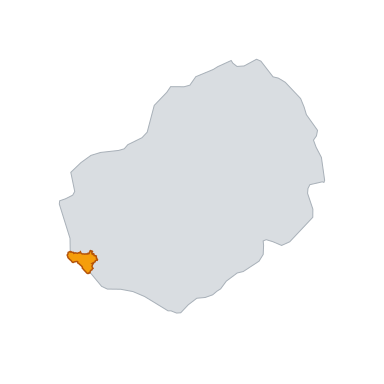 location of Pehchevo, Pehčevo, North Macedonia, rotated 159°
{"feature_id": "65306769B44883072269450", "entity_name": "Pehchevo", "entity_type": "district", "adm_level": 2, "iso_a3": "MKD", "parent_name": "North Macedonia", "parent_adm1": "Pehčevo", "projection": "mercator", "projection_center": [22.916, 41.784], "detail": "fine", "context": "in_parent", "style": "filled", "palette": "amber", "viewbox_px": 384, "rotation_deg": 159, "n_neighbors": 0, "source": "geoboundaries", "source_scale": "gbopen_adm2", "svg_char_len": 2549}
<svg xmlns="http://www.w3.org/2000/svg" viewBox="0 0 384 384"><g transform="rotate(159 192 192)"><path d="M172.8,99.4L178.8,100.2L191.9,96.5L200.0,91.3L204.1,90.5L209.6,88.6L217.5,88.8L225.6,91.1L235.8,88.1L245.8,83.3L249.8,84.5L254.2,88.6L257.0,89.7L273.7,111.4L282.8,120.2L293.5,126.8L305.8,131.7L310.2,136.3L318.0,159.3L321.7,167.9L326.9,170.5L328.1,173.0L328.4,176.3L322.5,192.4L320.2,228.3L318.7,231.2L312.6,231.0L304.5,231.8L301.3,234.5L298.1,253.8L285.0,259.3L273.2,262.4L263.2,261.7L245.6,257.1L239.8,256.6L234.9,259.2L219.2,260.6L212.4,263.9L196.2,286.4L179.8,294.1L174.2,298.0L161.7,293.1L155.7,292.5L147.1,298.3L128.1,298.8L123.0,299.8L108.3,300.7L107.7,297.6L105.0,293.1L98.2,291.0L84.2,292.8L80.8,289.5L75.1,270.5L70.6,267.4L65.6,261.0L57.1,240.3L56.9,231.2L57.5,223.2L52.7,204.6L55.7,199.8L60.0,196.9L60.1,189.3L58.8,177.9L64.0,155.3L65.4,153.7L66.7,154.8L79.3,156.6L82.5,153.7L84.6,149.3L85.3,132.7L88.3,125.1L118.6,110.5L127.5,110.0L134.4,116.7L139.8,120.9L143.1,120.8L144.3,116.5L147.9,108.2L154.2,103.4L172.6,99.4L172.8,99.4Z" fill="#d9dde1" stroke="#a8b0b8" stroke-width="1"/><path d="M329.2,180.0L329.5,179.6L329.9,178.8L330.2,178.4L330.8,178.2L331.1,177.7L331.2,177.4L331.2,177.0L331.1,176.3L331.1,176.0L331.2,175.8L331.3,175.2L331.0,174.4L330.5,173.3L330.3,172.7L329.7,171.8L329.4,171.1L329.2,170.3L328.8,169.2L328.2,168.8L327.9,168.8L327.1,168.9L325.9,168.8L325.5,168.6L324.3,168.4L324.0,168.2L323.8,168.0L323.7,167.7L324.0,167.0L323.9,166.2L323.6,165.9L323.3,165.7L322.9,165.1L322.8,164.6L322.4,163.9L322.0,163.1L321.5,162.1L321.4,161.9L321.3,161.2L321.5,160.7L321.7,160.3L321.4,159.7L321.1,158.8L320.8,157.9L320.6,157.4L320.3,156.7L320.1,156.2L319.7,155.3L319.4,154.3L319.0,153.7L318.7,153.4L318.2,153.1L317.9,153.2L317.5,153.4L317.2,153.4L317.1,153.1L316.2,153.1L315.5,154.4L314.4,155.1L313.3,155.2L312.7,155.9L311.8,156.1L312.1,158.3L310.8,160.0L310.0,160.4L310.8,161.1L307.4,161.6L306.9,162.4L305.8,162.6L305.0,162.2L304.4,163.0L304.8,163.9L305.0,164.3L304.6,165.1L304.7,166.0L304.3,166.5L304.8,167.1L306.0,167.6L305.9,169.5L306.3,169.8L306.7,169.1L307.5,170.0L307.3,171.4L306.9,171.7L306.9,171.9L306.3,172.1L306.6,172.9L307.3,173.1L307.8,173.7L308.2,173.6L308.6,172.9L309.2,172.6L310.1,171.5L310.8,171.9L310.9,171.5L311.6,171.8L312.3,171.6L312.9,172.2L314.4,172.4L314.8,172.8L316.6,173.5L317.6,174.7L317.6,176.2L319.1,175.5L319.7,175.9L321.0,175.8L322.5,176.9L324.1,177.1L323.9,177.4L324.3,178.1L325.7,178.7L326.1,179.4L326.7,179.3L327.0,180.1L329.2,180.0Z" fill="#f59e0b" stroke="#b45309" stroke-width="1.5"/></g></svg>